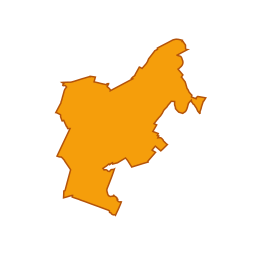 Carei, Satu Mare, Romania (Natural Earth projection), rotated 332°
{"feature_id": "2599482B21413362198639", "entity_name": "Carei", "entity_type": "district", "adm_level": 2, "iso_a3": "ROU", "parent_name": "Romania", "parent_adm1": "Satu Mare", "projection": "natural_earth1", "projection_center": [22.485, 47.66], "detail": "fine", "context": "isolated", "style": "filled", "palette": "amber", "viewbox_px": 256, "rotation_deg": 332, "n_neighbors": 0, "source": "geoboundaries", "source_scale": "gbopen_adm2", "svg_char_len": 5359}
<svg xmlns="http://www.w3.org/2000/svg" viewBox="0 0 256 256"><g transform="rotate(332 128 128)"><path d="M72.9,194.7L73.0,195.0L73.1,196.1L73.2,196.3L73.7,197.1L74.0,197.5L74.3,197.8L74.7,198.0L75.0,198.1L75.3,198.2L75.5,198.3L75.7,198.5L75.9,199.2L77.9,197.7L81.5,195.0L85.6,191.7L87.4,190.1L87.0,189.8L86.6,189.6L86.0,189.4L85.6,189.2L85.3,188.8L84.9,188.0L84.8,187.7L84.7,187.0L84.7,186.7L84.6,186.4L85.5,186.1L85.4,185.8L85.3,185.5L85.1,184.8L85.1,184.7L85.3,184.5L85.4,184.2L85.1,183.7L85.0,183.4L84.8,182.9L84.6,182.5L84.1,181.9L84.0,181.7L83.9,181.4L83.9,181.1L84.0,180.9L83.9,180.7L83.7,180.6L83.4,180.8L83.0,181.1L82.9,181.3L82.7,181.3L82.4,181.1L82.2,180.9L81.4,180.6L80.4,180.3L80.3,180.2L80.1,180.1L79.6,179.4L79.3,179.1L79.3,178.9L79.2,178.7L79.0,177.8L79.0,177.0L79.1,176.6L79.4,175.6L79.4,175.3L79.5,175.0L79.6,174.5L79.8,173.6L80.0,173.2L80.3,172.7L80.6,172.2L81.0,171.8L81.9,171.0L85.2,168.2L90.5,163.6L94.1,160.3L96.7,157.8L95.8,157.8L95.4,157.6L94.9,157.4L94.6,157.2L93.6,156.9L93.4,156.9L93.0,157.0L92.4,157.2L91.8,157.5L91.4,157.7L91.1,157.6L90.8,157.4L90.6,157.2L90.3,156.9L89.9,156.5L89.8,156.3L89.8,155.9L89.7,155.5L89.5,155.1L89.3,154.9L89.1,154.7L88.6,154.4L88.2,154.1L87.5,153.9L87.4,153.9L87.2,153.8L87.3,153.6L87.3,153.4L87.1,153.0L87.0,152.6L87.0,152.3L86.9,151.9L89.1,151.6L90.6,151.5L94.3,150.8L94.5,151.7L96.3,151.4L98.0,151.4L97.8,151.8L97.5,152.6L102.4,153.8L104.0,153.7L107.7,153.5L111.7,153.3L112.4,156.5L112.9,163.3L112.9,164.2L120.2,165.6L124.0,166.3L129.8,167.5L130.0,166.6L140.9,162.4L139.5,160.1L138.9,158.8L139.8,158.5L140.3,158.2L142.6,157.2L143.6,156.9L146.2,163.6L148.7,163.0L155.0,161.1L154.4,159.9L153.8,157.8L153.6,157.3L153.4,156.6L153.2,156.0L153.2,155.7L153.3,155.5L153.4,155.3L153.0,153.5L152.7,152.6L152.2,151.9L151.4,151.4L150.4,150.9L149.8,150.7L151.4,149.5L150.3,148.4L152.1,147.1L149.0,143.5L148.3,142.7L151.4,140.8L154.8,138.7L153.9,137.6L153.1,136.6L153.0,136.4L156.4,134.9L158.1,134.1L158.4,134.1L159.3,133.6L162.5,132.5L165.3,131.0L166.9,129.8L167.4,129.5L168.6,128.8L169.4,128.6L172.2,127.7L174.0,126.7L175.0,126.3L176.8,125.6L177.5,125.3L178.7,124.7L181.6,126.5L180.6,128.3L180.2,129.1L180.0,129.4L179.9,130.3L179.4,132.5L179.1,133.0L179.0,133.3L179.3,134.2L179.4,135.0L179.7,136.0L180.2,137.7L180.3,137.9L180.5,138.1L182.5,140.1L182.8,140.4L183.2,140.8L183.3,140.8L184.7,140.6L186.0,140.5L186.4,140.4L186.9,140.2L187.6,139.8L188.7,139.0L190.2,137.6L190.8,136.9L192.6,135.0L193.1,134.6L194.2,134.1L195.3,133.7L195.4,133.8L196.9,133.1L196.7,134.0L196.5,135.0L196.6,135.6L196.7,136.4L196.8,137.6L197.3,138.2L197.5,140.7L197.7,142.2L197.7,143.2L197.5,145.7L197.6,146.2L197.9,147.6L198.1,148.7L198.7,148.7L198.8,148.5L198.9,147.7L201.6,145.2L203.1,143.5L207.0,139.8L207.3,139.8L207.5,139.8L210.8,137.9L208.9,136.4L204.4,132.9L202.6,133.2L202.0,133.7L202.0,134.2L201.9,134.2L201.0,133.2L199.8,131.8L198.6,130.4L199.7,129.1L199.8,129.0L199.7,128.8L199.2,126.9L198.8,124.9L198.8,124.6L198.8,124.4L198.9,123.6L199.0,123.1L198.8,121.2L198.7,121.0L198.7,120.8L199.8,115.8L200.0,114.5L200.1,114.2L199.2,108.5L199.0,108.1L201.4,106.9L200.0,100.5L199.9,100.3L199.8,99.5L200.7,99.4L203.9,98.6L205.2,98.0L205.8,97.6L206.4,97.1L206.9,96.5L207.2,96.1L207.8,94.7L207.9,94.0L208.0,93.0L208.2,92.0L208.3,91.6L208.3,91.1L208.2,89.9L208.2,89.7L208.0,89.4L207.3,88.6L206.6,88.0L205.7,87.1L205.5,86.9L205.5,86.7L209.3,86.7L217.3,86.7L216.4,86.1L216.2,85.6L216.0,85.1L217.7,81.8L217.3,78.6L217.2,77.5L216.9,77.3L216.4,77.0L217.2,76.1L216.9,75.8L215.3,74.4L214.1,73.4L213.2,72.8L212.5,72.4L211.9,72.1L211.1,71.8L210.5,71.7L209.6,71.4L208.9,71.3L207.8,71.3L203.4,71.3L195.0,71.2L191.4,71.2L191.1,72.1L191.0,72.4L187.8,72.4L186.7,73.0L186.0,73.3L184.7,73.9L183.4,74.5L178.7,76.6L176.3,78.6L174.4,79.7L171.3,80.9L168.4,82.0L167.0,79.9L166.6,79.5L159.2,84.3L159.0,84.5L158.8,84.9L156.4,85.2L154.4,85.8L155.2,86.8L131.5,86.8L129.8,86.8L130.0,86.5L130.2,86.1L130.3,85.7L130.2,85.3L130.0,84.2L129.0,81.7L130.4,80.7L131.3,80.2L131.5,80.0L131.7,79.7L130.4,79.1L130.2,79.1L130.1,79.6L129.7,80.0L125.0,76.0L122.6,73.8L119.7,71.3L123.1,67.7L118.9,64.6L118.7,64.9L118.5,64.7L116.4,64.2L112.4,63.4L111.1,63.1L102.5,61.5L98.9,60.7L98.7,60.5L98.2,60.3L96.7,59.5L94.9,58.6L92.0,57.2L91.1,56.8L91.8,58.1L91.9,58.5L92.0,58.7L91.9,58.7L90.5,59.5L90.5,59.9L90.6,60.1L90.8,60.3L92.2,60.9L92.4,61.1L92.6,61.2L93.0,62.7L93.0,62.9L93.0,63.0L91.6,63.6L90.4,64.2L89.3,65.1L85.8,68.8L84.8,69.8L82.9,71.9L82.4,72.4L81.1,73.6L80.4,74.5L79.3,75.2L71.5,80.5L71.8,80.7L72.1,81.1L72.5,81.5L74.4,84.2L74.6,84.6L74.6,84.9L74.5,85.1L74.0,85.9L73.8,86.3L73.7,86.9L73.6,87.3L73.4,88.7L73.2,90.4L73.2,90.9L74.8,91.1L74.4,97.8L74.7,98.0L74.5,100.2L76.6,101.3L61.9,112.2L52.1,119.5L53.3,120.8L54.5,121.8L55.4,122.2L55.5,122.4L55.7,123.1L56.0,123.6L56.2,124.4L56.3,125.2L56.6,126.3L56.7,126.5L56.6,126.8L56.7,128.5L57.1,131.9L57.6,136.4L57.7,137.8L57.7,138.0L56.7,139.0L55.7,140.1L49.5,146.7L49.3,146.9L48.2,148.1L43.0,153.7L42.8,153.7L42.7,153.7L41.8,153.5L40.8,155.2L38.3,159.4L39.7,159.7L40.5,159.9L44.6,160.7L46.4,161.1L47.1,161.3L47.4,161.5L46.8,162.1L46.5,162.4L46.3,162.7L47.5,164.1L51.1,167.9L52.4,169.5L54.0,171.2L55.2,172.5L59.9,177.8L64.4,182.8L72.0,191.3L72.4,192.0L72.6,192.2L72.7,192.3L72.7,192.5L72.6,192.8L72.3,193.3L72.2,193.5L72.1,193.8L72.2,194.0L72.3,194.2L72.5,194.4L72.9,194.7Z" fill="#f59e0b" stroke="#b45309" stroke-width="1.5"/></g></svg>